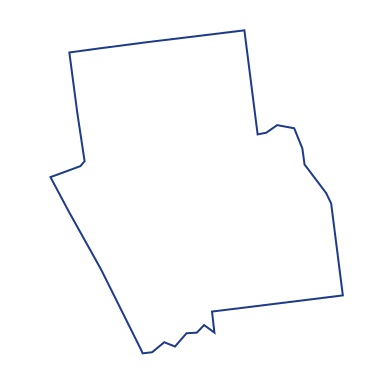 Flagler, Florida, United States of America (Mercator projection), rotated 174°
{"feature_id": "52423323B80488084984098", "entity_name": "Flagler", "entity_type": "district", "adm_level": 2, "iso_a3": "USA", "parent_name": "United States of America", "parent_adm1": "Florida", "projection": "mercator", "projection_center": [-81.314, 29.466], "detail": "fine", "context": "isolated", "style": "outline", "palette": "blue", "viewbox_px": 384, "rotation_deg": 174, "n_neighbors": 0, "source": "geoboundaries", "source_scale": "gbopen_adm2", "svg_char_len": 507}
<svg xmlns="http://www.w3.org/2000/svg" viewBox="0 0 384 384"><g transform="rotate(174 192 192)"><path d="M52.8,73.4L54.8,166.1L58.7,176.9L77.2,207.6L77.7,223.8L83.7,244.7L100.3,249.6L112.0,243.2L120.7,242.4L123.0,347.3L221.3,345.7L269.2,344.5L299.4,343.6L297.8,282.6L295.6,233.8L300.3,229.4L331.2,221.6L316.7,185.7L290.5,124.4L258.8,39.5L258.0,36.7L248.4,36.8L235.3,45.5L225.1,40.1L212.2,52.1L201.9,51.6L193.9,58.4L184.4,49.8L184.6,71.0L52.8,73.4Z" fill="none" stroke="#1e3a8a" stroke-width="2"/></g></svg>